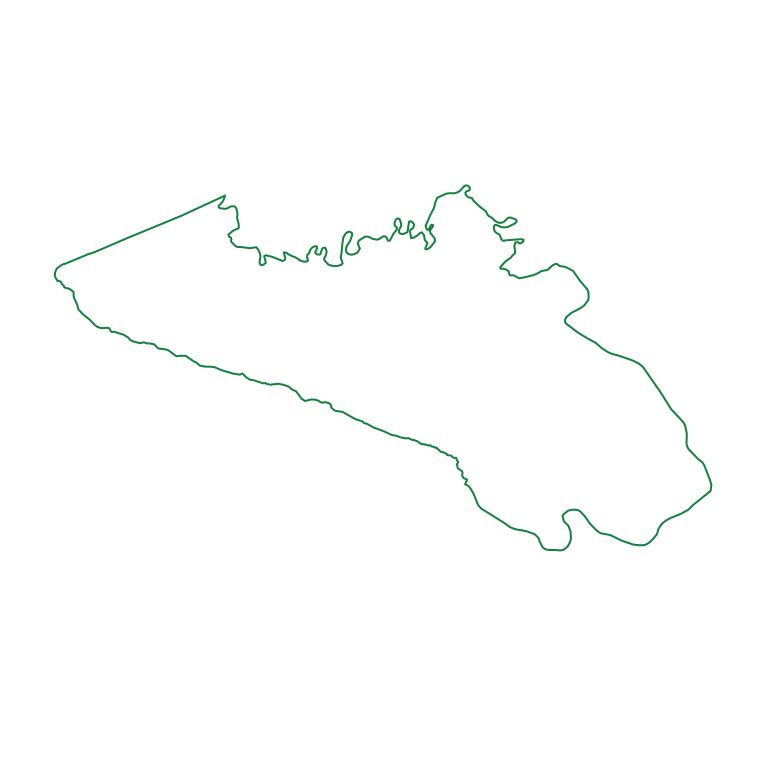 Girardot, Cundinamarca, Colombia, rotated 255°
{"feature_id": "7082276B44734955645531", "entity_name": "Girardot", "entity_type": "district", "adm_level": 2, "iso_a3": "COL", "parent_name": "Colombia", "parent_adm1": "Cundinamarca", "projection": "robinson", "projection_center": [-74.792, 4.35], "detail": "fine", "context": "isolated", "style": "outline", "palette": "green", "viewbox_px": 768, "rotation_deg": 255, "n_neighbors": 0, "source": "geoboundaries", "source_scale": "gbopen_adm2", "svg_char_len": 6146}
<svg xmlns="http://www.w3.org/2000/svg" viewBox="0 0 768 768"><g transform="rotate(255 384 384)"><path d="M266.1,436.5L263.5,439.3L260.5,440.6L254.2,442.2L242.9,443.5L238.6,445.6L219.5,463.4L213.2,468.6L210.0,472.8L204.9,483.5L200.0,490.6L196.8,492.6L194.4,493.5L191.7,493.6L184.9,495.1L182.5,497.3L181.0,500.3L179.0,507.8L178.2,509.3L177.5,512.0L177.4,514.4L178.6,517.6L180.2,520.1L183.1,522.7L186.1,524.5L192.9,526.0L195.7,525.8L199.4,525.4L204.9,522.2L210.4,522.3L211.8,523.9L214.0,529.3L213.9,532.8L213.0,536.4L211.9,538.9L209.5,541.0L203.6,544.0L195.8,546.8L189.3,550.4L185.6,552.9L183.7,554.8L179.4,563.7L171.3,572.8L164.4,583.2L162.0,589.3L160.9,594.1L161.8,598.1L163.6,602.1L168.3,608.8L173.3,611.9L177.3,616.6L179.3,621.4L180.5,626.9L181.8,637.4L183.8,645.3L187.4,651.9L196.2,671.8L201.8,674.1L206.7,674.0L222.5,672.3L226.1,671.2L230.3,667.9L242.5,661.2L245.7,660.6L248.3,660.8L257.8,663.7L265.9,664.1L269.3,663.4L285.5,654.8L304.6,648.9L333.1,638.7L338.2,635.1L342.6,629.9L350.7,618.0L353.7,612.6L356.5,608.9L362.0,603.8L369.0,599.1L376.3,591.4L384.1,584.1L395.4,575.4L396.3,575.1L397.6,575.0L399.2,575.6L401.0,577.0L401.8,578.2L404.2,583.4L406.5,593.7L408.2,597.9L412.0,602.8L414.0,603.9L419.7,605.2L422.7,604.9L432.8,600.1L444.5,595.8L450.4,589.2L452.3,584.4L455.3,581.9L455.6,580.9L455.0,577.7L451.9,571.4L452.3,565.5L450.9,560.0L450.5,555.8L450.6,548.1L451.1,542.0L455.3,537.5L456.5,533.7L458.8,533.3L460.3,533.7L462.7,531.9L464.3,529.3L465.2,526.6L466.1,526.2L466.8,526.7L470.8,532.7L473.4,539.6L474.5,540.8L476.3,544.2L477.5,544.9L483.5,545.6L486.4,547.3L486.7,548.0L486.5,549.4L486.0,550.3L484.7,551.1L484.6,552.6L485.4,555.2L486.9,556.1L487.4,556.0L488.5,553.5L491.3,538.6L491.2,537.2L491.8,535.8L493.7,534.7L498.3,534.3L500.6,531.8L502.9,530.5L505.7,530.3L508.0,531.2L508.8,532.2L508.8,533.3L505.0,538.3L503.9,541.7L503.7,544.6L504.8,550.1L505.8,553.2L506.7,554.2L507.7,554.4L508.8,554.0L512.2,549.0L512.4,546.8L509.7,541.9L509.3,538.7L510.2,536.3L512.2,534.0L516.1,531.5L519.9,528.1L524.6,527.0L529.7,523.0L537.7,517.9L540.7,517.1L542.6,513.9L543.9,512.7L545.9,512.0L547.8,512.1L548.7,513.5L548.9,516.3L549.7,517.4L552.2,517.6L553.9,516.3L554.5,514.8L554.6,513.1L551.0,507.5L550.2,505.4L550.0,501.4L551.5,495.7L551.7,493.0L550.1,483.6L545.6,480.2L541.4,478.1L535.7,472.9L525.9,465.2L522.2,465.3L521.5,466.3L521.8,467.2L525.2,470.4L525.4,471.2L525.1,472.3L523.8,472.1L523.0,471.5L521.8,469.6L519.8,467.9L517.2,468.1L512.0,470.6L510.5,470.6L508.4,470.0L504.5,464.8L503.2,461.9L503.0,460.2L503.7,458.9L504.5,459.1L508.9,462.4L512.6,460.7L517.6,461.2L520.7,459.7L520.5,457.7L518.8,454.7L517.6,449.7L518.0,447.9L525.1,448.7L526.4,450.1L527.3,452.7L530.3,454.4L532.3,453.7L533.8,452.6L534.6,450.9L534.3,450.3L529.5,448.0L526.7,447.1L524.6,445.8L523.8,441.1L524.9,438.9L525.6,438.2L526.5,437.8L528.6,438.3L532.3,441.4L534.4,442.1L539.4,441.7L540.4,440.1L539.8,438.1L536.9,435.8L534.4,435.4L533.6,435.6L532.5,436.7L531.1,436.9L529.7,436.2L526.9,432.2L521.0,426.8L521.4,424.9L525.2,424.3L526.5,422.9L526.8,421.3L525.3,417.0L525.3,414.2L527.4,410.3L529.6,407.9L530.6,406.2L531.2,403.7L529.0,396.8L526.5,395.0L521.0,395.7L517.7,392.3L517.2,389.0L517.2,386.9L517.6,385.3L518.5,383.6L520.6,381.9L523.1,381.8L525.8,383.0L527.4,384.3L530.9,388.3L536.3,391.9L538.0,392.1L540.0,390.5L540.1,388.0L539.5,386.2L536.4,382.9L531.1,380.4L521.5,376.9L518.5,375.3L515.9,374.8L513.9,375.3L511.1,375.2L510.2,373.5L510.1,370.1L510.5,367.4L511.2,365.2L513.7,361.2L517.5,359.1L519.9,358.5L520.9,358.7L523.1,361.0L526.4,362.8L530.1,362.8L530.9,362.2L531.3,360.8L530.7,359.5L529.7,358.6L525.8,356.1L525.7,355.1L526.4,353.0L528.1,351.6L529.6,352.0L532.3,354.5L533.8,354.8L534.6,354.2L534.9,353.4L534.6,350.3L532.3,347.0L530.3,346.1L528.5,343.4L526.8,342.6L522.8,342.5L522.3,340.3L523.2,337.6L524.9,335.1L529.1,331.4L531.6,327.9L534.5,324.8L535.8,323.9L537.0,321.9L536.8,321.3L530.8,321.1L529.7,320.5L529.1,318.9L529.1,317.9L535.9,308.7L538.9,303.2L538.9,302.6L538.5,301.6L537.6,301.3L532.4,301.3L531.5,300.8L530.5,298.6L530.5,296.7L531.1,295.6L532.6,295.2L534.6,295.6L538.8,297.5L541.9,298.0L546.4,297.3L549.2,296.0L549.8,289.8L552.9,282.4L554.5,277.5L556.1,276.0L561.0,273.2L562.0,273.3L563.3,274.0L564.8,274.1L566.8,272.3L568.6,272.5L570.8,277.1L571.5,279.5L571.9,283.4L572.6,284.2L576.6,285.1L583.0,285.1L585.3,286.3L588.0,286.7L591.6,286.8L593.8,286.0L594.3,285.3L595.0,283.4L595.1,281.3L594.3,278.4L594.2,276.2L596.1,271.4L596.9,270.4L597.8,270.1L599.0,270.6L601.7,275.1L605.3,278.3L607.1,278.9L599.0,232.2L591.3,173.2L586.1,137.3L586.0,132.5L582.6,106.5L582.8,105.5L582.2,102.9L580.2,97.7L576.7,95.1L573.5,93.9L569.4,94.9L568.1,95.4L567.0,97.8L565.6,98.5L563.9,98.6L561.8,100.1L560.3,100.2L559.5,101.0L557.4,104.7L553.7,107.7L553.0,108.0L549.6,107.0L547.4,106.9L539.9,108.2L535.2,108.1L529.4,111.2L521.8,116.7L515.9,119.9L513.4,121.9L511.6,124.5L510.8,126.5L509.8,131.7L508.9,133.0L504.9,134.1L504.4,135.2L504.5,136.6L499.0,145.2L494.9,149.1L492.3,150.2L489.9,152.9L486.5,159.0L486.4,163.0L484.7,165.2L484.0,167.7L481.9,172.2L477.3,174.8L476.6,175.6L473.9,182.1L472.2,184.6L464.6,190.6L464.3,193.1L462.6,199.7L454.8,206.3L453.6,207.9L449.3,211.1L447.3,215.1L445.4,221.6L443.9,225.0L439.4,230.6L433.2,240.8L430.4,247.0L430.7,250.1L426.1,252.7L422.6,255.9L421.5,258.9L416.3,266.8L415.6,268.5L415.6,269.8L414.2,271.1L412.8,273.9L411.6,282.1L408.9,287.3L406.1,291.3L402.7,293.7L399.5,297.3L391.0,300.6L388.0,303.4L387.9,309.7L386.6,313.6L385.0,316.1L382.6,318.2L381.8,320.1L381.8,322.2L380.0,325.5L378.9,326.7L377.4,327.2L374.8,327.1L372.4,328.5L370.5,330.3L367.9,336.6L357.7,347.0L353.4,353.5L351.4,354.7L349.7,357.5L343.7,363.7L343.0,365.2L337.9,372.2L332.7,378.3L330.4,383.3L328.4,385.7L326.8,389.1L325.7,391.3L325.6,393.3L323.1,396.2L322.0,398.6L320.1,401.3L316.3,404.5L314.8,408.5L313.3,410.4L312.9,412.7L311.2,414.0L310.5,415.8L309.2,417.0L308.6,418.4L303.7,421.4L303.3,422.6L300.4,426.4L299.0,426.7L297.4,430.4L295.0,431.7L293.9,434.6L292.0,434.6L289.4,435.5L287.5,433.5L285.6,433.7L283.6,433.4L280.3,436.3L279.2,436.8L277.9,436.9L275.2,435.7L272.4,436.6L270.4,439.3L269.6,439.1L266.1,436.5Z" fill="none" stroke="#15803d" stroke-width="2"/></g></svg>